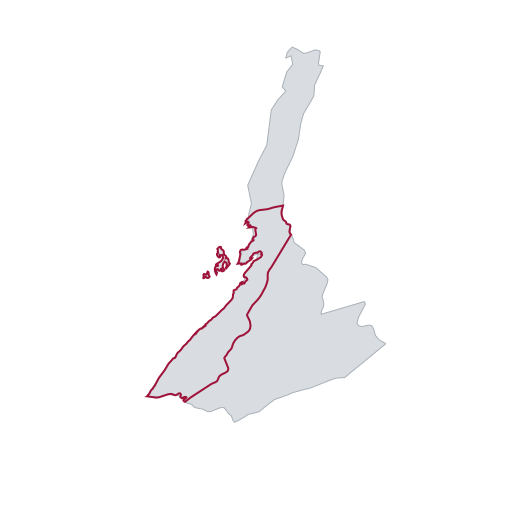 location of Semenawi Keyih Bahri within Eritrea, rotated 235°
{"feature_id": "ERI-1562", "entity_name": "Semenawi Keyih Bahri", "entity_type": "Region", "adm_level": 1, "iso_a3": "ERI", "parent_name": "Eritrea", "parent_adm1": "", "projection": "equal_earth", "projection_center": [39.644, 16.17], "detail": "fine", "context": "in_parent", "style": "outline", "palette": "rose", "viewbox_px": 512, "rotation_deg": 235, "n_neighbors": 0, "source": "natural_earth", "source_scale": "10m", "svg_char_len": 8495}
<svg xmlns="http://www.w3.org/2000/svg" viewBox="0 0 512 512"><g transform="rotate(235 256 256)"><path d="M109.7,311.8L108.3,294.4L107.4,282.8L106.5,270.5L105.6,258.9L109.9,251.8L111.9,245.1L117.1,223.1L119.1,218.8L123.2,207.0L123.7,203.6L127.8,188.8L127.4,179.0L126.7,169.1L128.9,163.2L130.8,158.5L130.7,154.6L131.6,145.3L132.2,143.0L134.6,142.9L139.4,144.1L142.9,143.1L147.0,143.1L150.2,142.8L152.1,140.0L154.7,129.3L156.3,127.1L157.6,126.4L161.2,124.5L164.3,121.3L166.9,119.1L167.8,118.6L170.4,118.3L173.1,117.0L174.3,115.5L177.7,114.3L181.0,115.0L183.2,113.6L184.7,112.8L186.3,112.7L187.9,111.5L188.5,109.6L189.5,108.3L192.1,105.6L193.3,103.5L193.8,101.5L194.3,99.9L195.5,97.2L199.9,90.3L203.8,86.3L217.2,120.9L222.7,141.4L227.5,162.8L231.0,195.0L234.4,211.4L240.0,219.5L243.7,234.8L247.0,235.4L249.3,239.6L253.3,254.0L256.2,259.4L257.8,254.8L257.6,252.1L256.4,247.7L257.5,242.0L259.7,238.6L264.9,243.2L267.7,246.7L268.4,253.8L269.6,257.7L275.0,266.1L279.6,268.5L285.4,269.1L290.4,270.9L294.3,274.0L301.7,282.4L318.7,289.8L332.4,312.6L340.5,328.3L366.9,352.3L371.5,363.8L374.0,375.0L379.5,374.5L389.1,386.7L391.9,396.1L399.8,399.5L401.1,394.0L404.9,398.5L406.4,405.5L401.4,408.4L395.9,410.8L395.1,410.7L393.3,414.0L390.8,422.9L387.9,425.5L386.4,425.7L377.7,417.4L376.4,416.9L374.6,418.5L373.2,420.2L369.2,413.9L366.2,408.4L362.1,401.7L358.2,398.8L353.9,395.0L349.7,386.3L345.4,376.7L339.1,368.9L327.2,357.6L316.4,343.3L308.1,328.3L302.8,320.6L300.5,318.6L289.5,313.7L281.7,306.9L275.8,301.3L272.2,299.8L268.7,299.6L261.2,300.7L254.9,297.2L252.3,297.2L248.1,296.1L244.8,294.9L241.0,296.4L233.1,298.9L229.9,298.3L228.1,294.8L227.0,292.2L224.3,289.4L222.0,289.4L220.8,291.9L212.5,298.2L198.7,301.7L195.4,301.4L193.0,298.9L186.0,288.1L184.0,286.3L182.4,286.1L179.2,284.9L176.2,282.8L173.6,278.3L170.9,275.8L168.0,284.5L162.9,299.7L160.2,307.8L156.7,318.3L155.6,318.6L153.8,317.9L147.0,304.8L142.7,299.9L139.4,300.4L137.1,302.8L135.6,307.1L133.9,309.8L132.2,310.9L128.4,310.4L122.6,308.3L116.7,308.7L110.5,311.7L109.7,311.8ZM272.2,224.9L274.0,228.2L275.3,227.8L276.3,226.8L277.0,224.5L284.1,229.0L283.7,231.9L279.5,232.1L274.6,230.8L270.1,231.3L264.7,230.0L263.5,224.9L266.9,227.4L268.7,226.8L269.0,226.1L266.6,222.7L263.1,222.0L263.4,219.3L264.9,218.3L265.8,217.0L263.9,213.3L267.7,214.1L270.2,216.4L271.8,219.0L272.2,224.9ZM269.2,201.7L270.7,207.5L266.4,205.3L265.6,204.1L267.6,201.8L268.0,200.4L269.2,201.7Z" fill="#d9dde1" stroke="#a8b0b8" stroke-width="1"/><path d="M185.9,115.2L187.0,115.0L187.7,114.1L187.8,112.9L187.8,111.6L188.0,110.4L188.8,109.5L191.0,108.1L191.9,107.2L193.2,104.6L195.9,95.5L197.1,93.2L203.5,86.3L203.5,86.9L204.0,87.6L204.3,89.5L206.2,92.9L206.3,93.5L206.4,94.7L206.5,95.4L207.3,96.8L207.4,97.2L207.6,98.2L211.8,106.4L214.9,115.8L218.0,122.7L219.1,127.8L219.6,129.0L219.0,131.3L219.9,133.1L221.1,134.8L221.7,136.6L221.9,138.9L222.3,141.0L223.6,144.5L223.8,145.7L224.0,148.1L224.2,149.3L224.9,151.1L225.1,153.5L225.4,154.5L226.8,158.9L227.8,163.5L227.2,163.1L228.1,165.8L228.3,167.1L228.4,168.9L227.6,170.0L228.3,172.7L228.1,174.3L227.8,173.9L227.8,174.8L228.3,175.1L228.8,175.1L229.0,175.3L228.9,177.4L229.0,177.9L229.5,179.5L229.6,180.2L229.5,182.6L229.6,183.3L229.8,183.9L230.2,184.9L230.2,185.6L230.2,186.3L229.9,187.8L229.9,188.7L231.3,196.5L231.5,199.2L231.6,200.1L232.7,203.1L234.2,210.9L235.1,213.0L237.8,215.2L238.2,216.1L238.5,216.5L240.2,217.5L240.6,218.0L240.6,218.7L240.4,219.4L240.1,220.0L240.0,220.6L240.1,221.4L240.8,222.2L240.9,222.7L241.0,224.3L241.2,225.3L242.4,227.1L241.7,227.1L241.1,227.7L241.0,228.6L241.2,229.6L241.4,229.0L241.8,228.4L242.3,228.2L242.8,228.7L242.7,229.8L241.8,230.4L240.8,230.5L240.3,230.5L240.4,231.1L241.2,232.8L241.4,234.8L241.5,235.3L242.2,235.6L243.2,235.7L244.2,235.6L244.6,235.1L245.0,234.4L245.8,234.2L246.7,234.4L247.3,234.9L248.4,236.8L250.8,246.6L250.9,246.9L251.8,247.3L252.0,247.5L252.1,248.5L252.3,249.5L252.7,250.4L253.2,251.0L252.5,254.3L252.3,259.5L252.8,260.1L252.9,260.3L253.1,261.2L253.5,261.7L254.1,261.7L254.7,261.3L255.2,262.5L255.7,262.6L256.4,262.4L257.4,262.2L257.7,261.8L257.9,261.1L258.1,260.4L258.0,259.9L257.8,259.3L257.9,258.9L258.5,258.4L259.3,256.4L259.4,255.3L258.5,253.2L258.0,250.8L257.7,249.9L257.1,249.9L256.7,250.9L256.4,251.4L256.0,250.1L255.9,249.0L256.0,245.8L256.0,245.2L255.7,244.0L255.7,243.4L255.8,242.6L256.0,242.4L256.3,242.3L256.6,241.9L256.9,239.8L257.2,239.2L257.8,239.8L258.1,239.8L258.2,239.4L258.5,238.2L258.7,239.0L259.2,238.5L259.8,237.2L260.2,236.5L260.9,238.1L261.8,239.3L266.1,243.9L266.7,244.4L267.8,244.7L268.1,244.8L268.6,245.2L269.1,245.8L269.4,246.4L269.6,247.0L269.5,247.7L269.2,248.4L268.4,249.2L268.0,249.8L267.7,250.3L267.0,252.6L267.5,252.5L267.9,252.7L268.2,253.1L268.3,253.7L268.2,253.9L267.7,254.1L267.6,254.3L267.7,254.5L267.9,254.8L268.2,255.4L269.3,256.5L269.5,257.0L269.6,257.8L270.2,259.3L270.4,260.1L270.4,260.8L270.3,261.6L270.2,262.3L270.4,263.0L271.0,262.7L271.6,262.9L272.1,263.4L272.3,264.0L272.4,264.5L272.8,264.7L272.9,265.0L272.9,265.6L272.6,266.5L272.6,266.9L273.0,268.0L274.1,268.7L277.4,270.2L278.1,270.7L278.4,271.0L278.7,272.1L279.4,271.9L280.4,270.8L281.4,270.3L282.1,269.1L282.7,267.7L283.3,266.7L283.3,267.7L283.5,268.5L283.9,269.0L284.6,268.8L284.8,268.2L284.7,267.6L284.8,267.0L285.6,266.7L286.2,266.6L286.7,267.1L286.5,267.7L286.6,268.1L287.5,268.5L287.8,269.2L288.2,269.2L288.5,269.0L288.8,268.7L289.2,268.0L289.0,267.5L288.9,267.0L288.9,265.9L289.1,266.2L289.3,266.8L289.5,267.1L290.7,267.5L290.8,268.0L290.8,269.1L291.0,269.6L291.4,269.9L291.5,269.9L291.5,270.3L291.6,272.1L292.5,278.0L292.6,280.4L292.4,282.7L291.7,284.9L287.7,292.4L285.5,298.9L281.8,307.1L278.3,302.9L276.6,301.5L274.6,300.4L270.6,299.2L269.8,299.2L267.6,300.0L266.9,300.1L265.0,299.6L264.1,299.9L262.8,301.4L261.9,301.7L261.0,301.5L260.4,301.1L258.0,298.4L256.8,297.4L255.4,296.8L254.0,296.9L253.4,297.0L238.0,262.1L237.1,259.3L235.6,256.3L233.8,254.7L229.9,252.0L227.7,249.5L225.1,245.8L221.0,237.6L220.0,234.9L219.2,232.2L217.7,224.8L213.7,216.2L213.1,215.1L212.5,214.6L206.4,213.6L204.3,212.7L202.2,211.6L200.1,209.7L199.1,208.0L198.6,206.0L198.5,201.2L198.7,199.7L199.0,198.6L199.4,197.6L199.6,196.8L199.7,195.6L199.7,194.2L199.4,192.4L198.9,190.4L197.6,187.4L196.4,185.6L195.4,184.5L194.4,183.0L193.9,181.5L193.3,178.2L192.7,176.9L191.8,175.2L191.5,174.0L191.2,172.8L190.9,171.9L190.4,171.4L180.2,169.0L179.1,168.3L178.1,166.9L177.9,165.5L178.0,163.7L178.7,159.8L178.6,157.9L178.4,156.7L177.8,155.6L177.1,154.6L176.1,153.0L175.8,151.7L175.9,150.3L176.2,149.1L176.8,146.1L177.6,121.5L177.3,114.8L177.2,114.2L178.3,113.7L179.3,113.7L179.7,114.3L179.8,115.3L179.7,116.5L180.0,117.8L180.6,117.8L181.4,116.9L181.8,115.8L181.9,115.2L181.7,114.4L181.9,113.8L182.2,113.8L183.7,113.1L184.5,113.7L185.1,114.6L185.9,115.2ZM283.1,228.3L283.8,228.3L284.0,228.4L284.4,230.8L284.1,231.9L283.5,232.4L282.5,231.8L281.8,231.6L279.6,232.3L278.7,232.4L277.8,231.9L276.2,231.0L275.2,230.8L272.9,231.4L272.3,231.2L272.1,231.0L271.6,230.2L271.3,229.9L270.9,230.9L270.4,231.4L269.7,231.5L268.6,231.2L266.7,230.3L265.9,230.1L264.9,230.3L264.2,229.2L263.0,224.6L263.5,224.6L263.8,224.7L263.9,225.0L263.6,225.4L264.0,225.7L264.3,226.0L264.4,226.5L264.6,227.1L264.9,227.1L265.3,226.8L265.9,227.1L266.5,227.6L267.0,227.9L267.6,227.8L269.5,227.1L268.7,225.1L267.6,223.6L266.2,222.5L264.7,222.1L263.2,222.5L262.7,222.3L262.4,221.3L262.5,220.1L262.9,219.4L263.4,219.3L264.8,220.4L265.4,220.5L265.6,220.0L265.0,219.0L264.7,217.8L265.6,217.2L266.8,217.1L267.3,217.1L267.5,216.4L267.2,215.4L266.7,214.6L266.2,214.2L264.7,214.4L264.2,214.0L263.6,213.0L265.3,213.2L267.0,213.7L268.6,214.5L269.9,215.7L270.6,217.0L270.3,217.8L269.9,218.5L269.8,219.2L270.1,219.6L270.5,219.6L271.3,219.2L271.0,218.5L271.0,218.1L271.5,218.0L271.9,218.3L272.1,219.2L271.8,224.0L271.9,225.0L272.2,225.8L273.0,227.6L273.2,228.1L273.6,228.1L276.2,229.1L276.9,227.4L277.2,227.1L277.6,226.9L276.0,226.3L275.6,225.6L276.0,224.9L276.8,224.6L277.8,224.5L278.7,224.6L279.2,224.7L279.6,224.9L279.9,225.1L280.2,225.4L280.4,225.9L280.5,226.4L280.6,226.9L281.0,227.1L281.6,227.2L282.6,228.1L283.1,228.3ZM270.1,203.8L269.4,204.6L269.3,205.5L269.6,205.8L270.0,206.1L270.3,206.5L270.7,206.9L270.9,207.5L270.1,207.8L268.8,207.2L267.7,206.4L265.8,206.2L265.4,205.6L265.4,204.6L265.7,203.7L266.5,203.3L267.5,203.2L267.9,202.8L267.8,202.3L267.7,201.7L267.7,201.1L267.8,200.4L268.1,200.2L269.2,201.3L269.5,201.6L270.0,201.7L270.8,202.2L271.1,202.9L270.8,203.5L270.1,203.8Z" fill="none" stroke="#9f1239" stroke-width="2"/></g></svg>